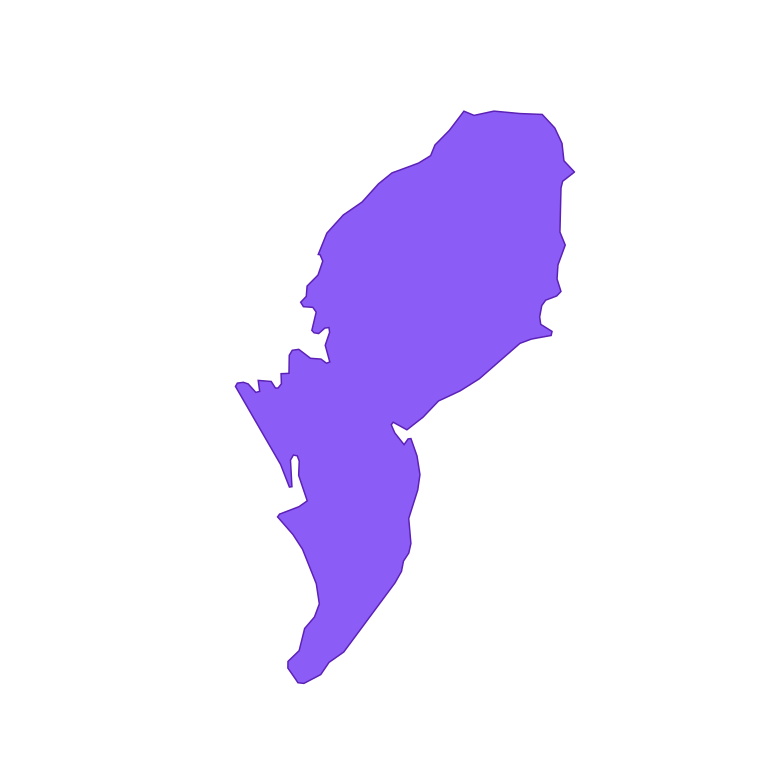 outline of Ryongyon, Hwanghae-namdo, North Korea, rotated 292°
{"feature_id": "82179303B51657859086197", "entity_name": "Ryongyon", "entity_type": "district", "adm_level": 2, "iso_a3": "PRK", "parent_name": "North Korea", "parent_adm1": "Hwanghae-namdo", "projection": "equal_earth", "projection_center": [124.917, 38.15], "detail": "fine", "context": "isolated", "style": "filled", "palette": "violet", "viewbox_px": 768, "rotation_deg": 292, "n_neighbors": 0, "source": "geoboundaries", "source_scale": "gbopen_adm2", "svg_char_len": 1677}
<svg xmlns="http://www.w3.org/2000/svg" viewBox="0 0 768 768"><g transform="rotate(292 384 384)"><path d="M479.5,274.5L479.9,276.3L475.0,281.2L460.3,282.0L446.0,276.0L436.1,279.1L428.6,276.1L425.5,280.3L428.4,289.3L425.2,294.2L406.7,297.0L405.3,299.9L406.3,304.5L413.7,308.2L415.7,311.8L411.6,314.2L397.9,315.0L384.1,325.5L383.4,324.7L381.7,322.9L383.5,316.2L380.3,306.2L384.2,292.0L380.9,286.3L375.1,285.4L358.3,291.9L355.0,284.7L345.7,288.8L340.6,287.3L339.6,284.8L344.1,278.5L340.2,266.0L330.6,271.5L328.2,268.3L333.2,258.0L332.9,253.0L329.9,247.7L326.1,247.2L302.2,277.8L270.7,318.2L253.0,334.9L254.3,337.1L278.4,325.8L284.2,326.6L284.9,330.5L280.7,334.3L267.3,339.1L246.9,356.6L238.4,351.1L224.9,336.6L224.3,335.9L220.9,335.1L210.3,356.0L200.2,370.4L173.5,396.0L155.9,406.4L141.9,406.8L127.6,402.0L105.0,405.2L90.8,398.9L84.6,401.3L77.0,412.9L74.8,416.1L76.4,421.9L90.9,434.2L105.3,437.3L120.5,447.1L203.8,468.7L216.8,470.4L227.1,468.4L236.6,470.3L244.4,469.0L246.2,468.7L268.6,457.3L298.3,455.0L313.4,451.3L329.6,441.6L343.5,429.4L342.1,426.9L335.3,425.3L342.7,412.3L348.9,406.0L352.0,406.8L350.1,422.4L368.0,432.7L374.9,435.4L388.7,440.9L406.2,457.2L424.5,470.4L472.6,494.8L480.6,503.5L483.8,508.4L491.6,520.8L495.7,520.1L498.0,507.0L504.5,503.2L515.8,500.9L522.3,502.5L530.4,511.2L536.1,513.4L546.2,505.1L559.5,500.7L580.7,500.0L590.8,490.2L632.0,474.7L638.9,473.7L651.7,481.1L651.9,481.1L658.4,467.2L673.8,458.9L685.4,446.4L693.2,429.7L685.7,408.8L678.2,383.7L666.8,366.9L666.9,355.9L643.7,349.6L624.7,341.7L613.2,341.7L601.8,333.3L582.7,312.3L567.5,303.9L544.5,295.5L525.4,282.9L502.5,274.5L479.5,274.5Z" fill="#8b5cf6" stroke="#5b21b6" stroke-width="1.5"/></g></svg>